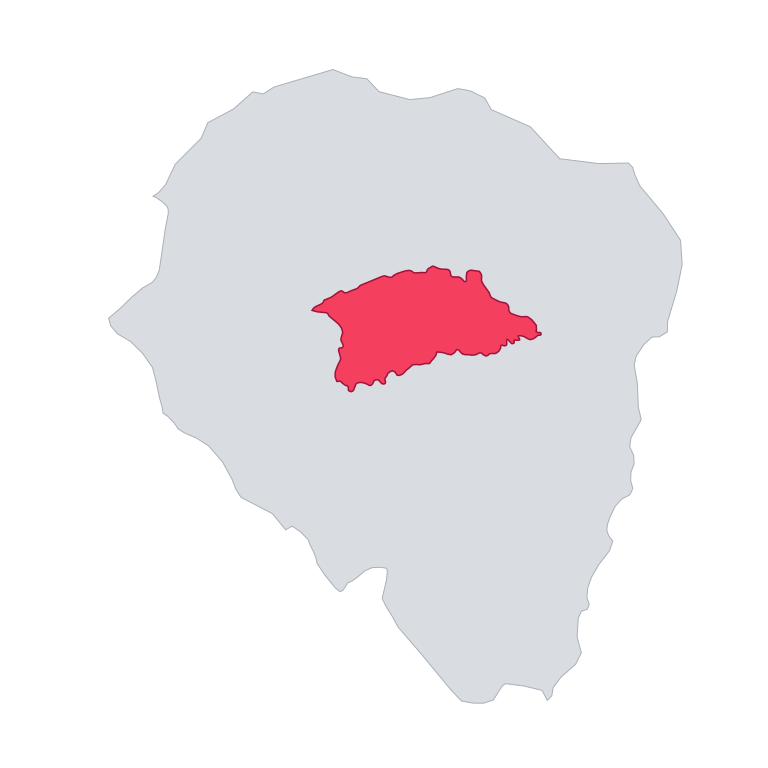 Durazno highlighted on a map of Uruguay, rotated 187°
{"feature_id": "URY-13", "entity_name": "Durazno", "entity_type": "Department", "adm_level": 1, "iso_a3": "URY", "parent_name": "Uruguay", "parent_adm1": "", "projection": "albers", "projection_center": [-56.089, -32.962], "detail": "fine", "context": "in_parent", "style": "filled", "palette": "rose", "viewbox_px": 768, "rotation_deg": 187, "n_neighbors": 0, "source": "natural_earth", "source_scale": "10m", "svg_char_len": 5552}
<svg xmlns="http://www.w3.org/2000/svg" viewBox="0 0 768 768"><g transform="rotate(187 384 384)"><path d="M636.1,542.2L630.8,546.8L625.0,555.5L618.0,576.6L595.5,605.5L590.7,621.9L566.8,638.7L549.9,657.9L539.2,657.2L529.3,665.4L473.1,689.9L453.2,684.9L438.3,684.9L424.6,673.6L393.2,669.4L373.4,673.8L346.9,686.1L338.9,685.9L333.2,685.2L318.9,680.2L311.0,669.4L270.1,657.1L237.0,629.0L198.0,628.9L168.3,633.1L163.6,629.4L160.5,622.2L154.1,611.7L127.9,587.2L107.1,562.7L102.6,538.4L104.8,511.7L110.2,480.1L109.0,470.3L116.4,464.5L123.9,463.2L130.9,454.9L137.1,442.5L138.0,433.1L132.7,415.9L128.7,391.9L124.3,380.0L132.3,360.8L132.5,351.6L127.5,343.6L126.0,335.3L128.1,326.7L127.5,318.5L124.3,310.6L126.4,304.1L134.0,298.8L139.7,290.7L143.3,280.0L145.1,271.8L145.1,266.2L142.6,260.9L137.8,256.0L139.8,246.1L148.7,231.1L154.4,217.8L157.0,206.3L156.6,197.0L153.4,190.0L154.7,185.2L160.3,182.6L162.7,175.1L161.5,156.5L155.4,141.3L159.7,129.1L172.4,114.9L179.0,103.5L179.5,94.9L183.4,89.9L189.7,99.1L208.2,101.3L226.8,101.4L229.7,99.1L236.9,83.8L246.4,79.3L256.9,78.1L268.4,78.8L280.6,88.8L315.2,121.6L340.4,144.4L348.1,155.2L354.7,163.3L359.7,170.8L357.6,190.4L357.9,199.0L359.1,201.4L364.8,201.7L373.3,200.3L380.4,196.1L386.0,189.9L391.5,184.7L396.0,182.0L397.6,177.9L400.1,173.6L402.8,172.7L407.7,175.9L419.4,187.1L428.4,197.5L430.6,203.5L434.0,209.7L437.7,215.1L440.3,220.3L449.0,227.2L457.9,231.7L463.9,227.3L478.9,241.7L512.0,254.0L518.1,261.3L523.6,271.6L535.0,287.2L550.8,301.4L563.7,307.5L576.0,311.1L582.8,314.3L587.5,319.8L594.9,325.7L599.6,327.9L601.1,333.1L605.7,344.5L610.5,358.8L615.8,372.1L627.4,385.1L640.7,395.3L654.6,401.3L662.3,408.4L665.4,415.7L655.7,426.1L645.2,439.2L635.8,449.5L626.4,456.7L623.2,461.7L620.9,469.5L620.0,511.2L618.9,526.7L619.4,530.8L620.7,533.6L626.4,537.9L633.2,541.5L636.1,542.2Z" fill="#d9dde1" stroke="#a8b0b8" stroke-width="1"/><path d="M415.9,372.3L417.8,372.8L418.7,373.7L418.9,375.7L419.1,376.4L419.5,377.1L420.3,377.8L420.9,377.9L421.6,377.8L422.3,378.0L426.1,380.2L426.5,380.7L427.0,381.2L427.8,381.4L431.1,380.8L433.3,384.9L433.7,387.7L433.8,389.2L433.7,390.8L432.1,397.4L430.6,401.4L430.2,402.8L430.2,404.3L430.4,405.1L433.1,411.5L433.2,412.3L433.2,413.0L433.0,413.7L432.6,414.2L432.0,414.4L430.6,414.7L430.1,415.0L429.6,415.4L429.3,415.9L429.1,416.6L429.3,417.5L429.8,418.6L431.6,421.3L432.0,422.1L432.1,422.8L432.2,423.5L432.0,425.9L431.4,428.9L431.3,429.7L431.6,431.0L432.1,432.4L433.2,434.5L435.2,436.8L436.6,438.1L446.7,444.7L447.0,445.0L448.2,446.8L448.6,447.2L449.7,447.6L451.4,447.7L459.0,447.5L464.4,448.3L463.4,450.3L463.1,450.8L462.3,451.6L461.4,452.4L455.4,456.2L454.5,457.4L453.6,460.0L448.2,462.9L446.4,464.2L440.5,469.7L439.1,470.7L437.9,471.3L437.2,471.2L436.5,471.0L434.7,470.0L434.0,469.8L433.1,469.7L430.7,470.9L428.3,472.4L422.5,475.4L421.6,476.3L419.5,479.0L399.3,490.4L396.9,491.4L396.1,491.4L392.2,490.7L391.2,490.6L389.9,490.8L389.2,491.1L388.6,491.6L388.3,492.2L387.6,492.9L386.6,493.8L383.8,495.6L377.3,498.6L373.8,499.7L373.0,499.8L371.4,499.7L370.7,499.5L370.1,499.3L368.4,498.3L367.7,498.1L366.9,498.1L366.1,498.1L360.6,499.2L357.0,499.5L356.0,499.9L355.5,500.3L355.2,501.0L355.0,502.5L354.6,503.3L354.0,504.0L351.8,505.6L350.8,506.5L350.0,506.9L349.2,506.9L344.1,505.4L341.1,505.0L335.2,505.5L334.4,505.4L333.7,505.1L333.1,504.8L332.7,504.4L332.3,503.9L332.0,503.4L331.2,500.8L331.0,500.2L330.6,499.7L330.2,499.2L329.7,498.9L329.0,498.7L328.2,498.7L323.3,499.3L322.5,499.2L321.8,499.0L320.5,498.5L318.9,497.4L318.5,497.0L317.5,496.1L316.9,495.7L315.9,495.4L315.3,495.8L315.0,496.4L314.9,497.1L315.0,497.9L315.4,500.9L315.4,504.1L315.2,504.9L314.6,505.8L313.2,506.9L312.2,507.3L311.4,507.6L303.0,507.4L301.0,505.0L300.3,503.5L300.2,502.8L300.0,499.8L299.9,499.1L299.5,497.9L299.2,497.2L298.6,496.3L297.9,495.5L297.5,494.8L290.9,487.7L288.8,483.8L288.4,483.3L287.3,482.6L281.4,480.4L277.9,479.5L273.7,479.3L272.8,479.0L271.8,478.5L270.5,477.3L270.0,476.5L269.6,475.6L269.3,473.5L268.9,472.2L268.3,471.1L267.5,470.2L267.0,469.8L265.8,469.3L259.7,467.9L256.1,467.5L250.4,468.3L249.3,468.1L244.9,465.6L239.9,460.7L239.9,459.9L239.2,456.2L239.5,454.6L237.2,453.7L236.1,454.2L235.0,454.1L234.3,453.4L234.3,452.0L234.8,451.5L236.7,451.2L237.5,450.7L238.9,449.2L240.6,447.6L242.6,446.4L244.4,445.9L246.4,446.3L250.7,448.1L252.8,448.5L255.2,448.5L256.5,448.2L256.5,447.3L255.0,445.4L254.8,444.2L256.5,443.7L258.9,443.6L260.4,443.2L260.3,442.6L259.8,441.7L259.9,440.6L261.1,439.7L262.2,439.7L263.1,440.3L263.8,441.0L264.4,441.4L266.1,443.0L267.2,443.3L267.6,441.8L267.1,439.5L267.0,438.2L267.6,437.0L269.4,436.5L271.4,436.9L272.8,436.4L272.7,434.4L272.7,433.6L273.9,430.8L274.8,429.8L276.2,428.4L278.1,427.6L281.2,427.4L283.3,426.5L284.5,424.9L286.4,424.2L288.5,424.9L291.6,426.8L293.6,426.3L295.6,424.7L297.4,423.9L299.9,423.4L302.1,423.3L303.9,423.4L306.6,423.0L309.3,423.2L311.5,424.5L313.8,426.8L316.1,427.0L317.2,424.8L318.0,423.5L320.9,421.2L324.4,421.4L328.0,422.2L332.0,422.4L335.5,422.2L336.1,418.4L338.0,415.2L339.9,412.5L341.3,409.9L346.0,409.2L350.5,407.5L354.2,407.3L357.9,406.6L360.8,403.2L363.8,400.2L365.3,397.9L367.2,395.8L369.7,394.4L372.0,394.3L374.6,397.3L377.5,398.2L379.8,396.6L381.5,395.0L382.0,392.9L382.6,391.4L383.6,390.2L383.6,388.4L382.7,386.1L383.0,384.6L384.2,383.9L386.3,384.1L388.5,386.1L390.3,387.4L392.3,387.2L394.0,386.4L395.4,382.7L396.8,381.0L398.5,380.8L400.8,381.8L403.2,382.4L405.9,382.8L408.3,382.5L410.6,381.8L412.0,380.2L412.4,378.1L413.0,376.2L413.3,374.4L414.2,373.1L415.9,372.3Z" fill="#f43f5e" stroke="#9f1239" stroke-width="1.5"/></g></svg>